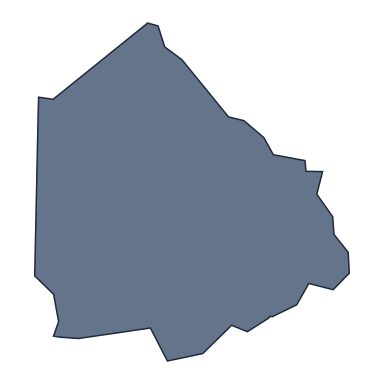 outline of Greene, North Carolina, United States of America
{"feature_id": "52423323B20033821816181", "entity_name": "Greene", "entity_type": "district", "adm_level": 2, "iso_a3": "USA", "parent_name": "United States of America", "parent_adm1": "North Carolina", "projection": "natural_earth1", "projection_center": [-77.628, 35.5], "detail": "fine", "context": "isolated", "style": "filled", "palette": "slate", "viewbox_px": 384, "rotation_deg": 0, "n_neighbors": 0, "source": "geoboundaries", "source_scale": "gbopen_adm2", "svg_char_len": 597}
<svg xmlns="http://www.w3.org/2000/svg" viewBox="0 0 384 384"><path d="M349.3,273.1L348.2,252.3L334.0,234.5L332.7,216.8L316.8,194.2L322.6,171.6L306.0,171.3L305.0,160.6L273.3,154.7L263.9,137.7L244.0,120.7L228.5,116.9L181.9,59.7L164.7,46.9L158.1,26.0L147.7,23.0L53.1,99.3L38.6,97.2L38.2,111.9L34.7,275.9L53.6,294.3L58.6,321.7L53.5,336.1L59.2,337.1L78.6,338.5L126.4,331.5L150.4,328.0L167.4,361.0L202.8,353.5L231.6,325.3L247.4,331.7L269.0,317.9L269.5,316.4L270.1,316.4L272.3,316.7L275.9,314.9L296.8,304.7L308.8,283.5L333.2,289.7L349.3,273.1Z" fill="#64748b" stroke="#1e293b" stroke-width="1.5"/></svg>